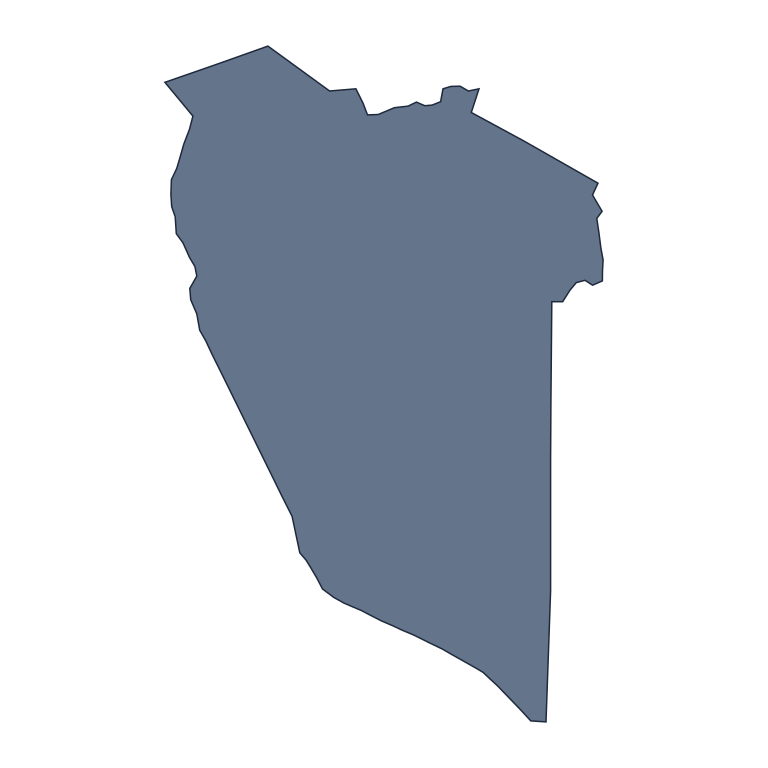 Nova Olinda, Ceará, Brazil
{"feature_id": "56859067B48732903430500", "entity_name": "Nova Olinda", "entity_type": "district", "adm_level": 2, "iso_a3": "BRA", "parent_name": "Brazil", "parent_adm1": "Ceará", "projection": "equal_earth", "projection_center": [-39.668, -7.106], "detail": "fine", "context": "isolated", "style": "filled", "palette": "slate", "viewbox_px": 768, "rotation_deg": 0, "n_neighbors": 0, "source": "geoboundaries", "source_scale": "gbopen_adm2", "svg_char_len": 1214}
<svg xmlns="http://www.w3.org/2000/svg" viewBox="0 0 768 768"><path d="M192.9,116.1L189.5,129.2L183.8,144.1L179.6,158.8L176.7,168.5L171.4,179.7L170.9,194.4L171.7,206.7L175.2,216.8L176.3,233.7L183.0,242.9L189.5,257.4L194.9,266.5L196.8,276.1L189.8,288.4L190.7,299.7L196.8,313.9L199.7,330.2L205.8,340.9L211.8,353.8L224.7,379.8L271.3,474.5L281.9,496.1L292.1,516.4L299.8,552.8L306.2,560.3L311.2,568.5L316.8,578.0L322.5,589.0L333.9,597.5L344.4,603.3L353.5,607.2L361.1,610.4L369.9,615.0L381.6,621.0L392.6,625.7L402.4,630.3L413.4,634.9L422.5,639.4L429.7,643.0L442.2,649.0L451.7,654.5L475.9,668.1L483.1,672.4L490.3,679.2L497.4,685.7L503.9,692.5L520.6,709.8L530.8,720.9L546.0,721.9L550.6,590.9L550.6,472.7L550.6,458.8L550.9,403.7L551.8,301.7L562.7,301.7L569.8,290.4L576.3,282.6L585.0,280.3L592.6,285.2L602.4,280.9L602.5,271.1L603.1,259.8L600.9,248.1L599.0,233.3L596.8,218.4L602.1,211.3L592.5,195.0L598.0,183.2L524.8,141.5L471.3,112.5L479.0,88.8L468.4,91.0L460.1,86.2L450.9,86.4L443.0,88.8L440.6,101.7L432.1,105.1L424.8,105.7L416.4,102.1L408.1,106.1L394.4,107.7L378.2,114.5L367.5,114.9L363.1,103.3L355.9,88.8L329.6,91.0L267.9,46.1L216.4,64.4L164.9,82.3L192.9,116.1Z" fill="#64748b" stroke="#1e293b" stroke-width="1.5"/></svg>